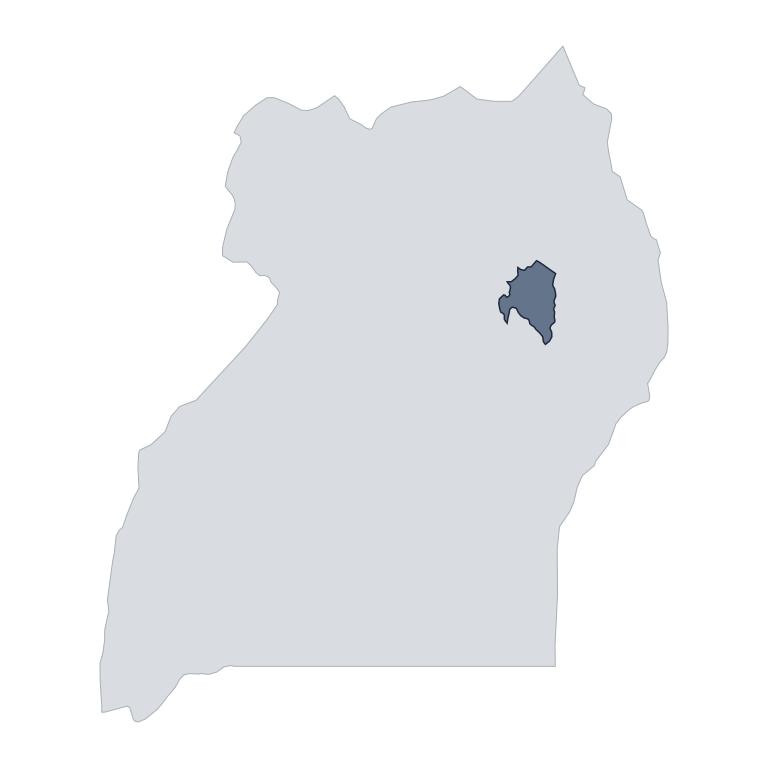 Amuria highlighted on a map of Uganda
{"feature_id": "UGA-3124", "entity_name": "Amuria", "entity_type": "District", "adm_level": 1, "iso_a3": "UGA", "parent_name": "Uganda", "parent_adm1": "", "projection": "robinson", "projection_center": [33.651, 2.061], "detail": "fine", "context": "in_parent", "style": "filled", "palette": "slate", "viewbox_px": 768, "rotation_deg": 0, "n_neighbors": 0, "source": "natural_earth", "source_scale": "10m", "svg_char_len": 3286}
<svg xmlns="http://www.w3.org/2000/svg" viewBox="0 0 768 768"><path d="M555.3,666.3L543.9,666.3L525.2,666.3L506.6,666.3L487.9,666.3L469.3,666.3L450.6,666.3L432.0,666.3L413.3,666.3L394.7,666.3L376.1,666.3L357.4,666.3L338.8,666.3L320.1,666.3L301.5,666.3L282.8,666.3L264.2,666.3L245.5,666.3L234.5,666.3L232.3,666.0L230.8,665.5L223.7,667.0L216.5,672.2L208.7,674.4L200.4,673.5L199.4,674.1L195.2,673.9L189.2,673.6L183.7,675.0L179.5,679.5L175.3,687.3L167.6,696.3L161.7,704.2L156.6,709.9L145.0,719.2L138.6,721.9L135.5,721.5L133.5,719.8L129.9,707.9L127.6,706.0L105.0,712.1L101.6,712.2L101.9,708.5L100.2,680.5L100.0,663.4L102.9,652.7L104.6,640.3L104.8,629.4L108.9,610.9L107.4,599.8L112.7,560.8L114.1,554.5L116.2,535.7L119.6,529.8L122.5,527.6L126.4,516.0L133.8,497.6L139.0,488.1L137.9,467.3L138.7,453.2L139.9,450.0L150.9,444.8L165.1,431.7L171.1,416.3L179.6,406.5L196.1,400.2L244.8,347.5L267.5,319.0L277.4,304.5L277.7,299.3L279.6,292.4L275.7,287.1L271.0,282.2L269.4,277.7L265.3,275.5L259.5,275.6L255.7,272.3L251.3,265.9L246.9,261.9L233.1,262.2L222.5,255.7L222.6,246.8L226.8,229.3L234.9,209.2L235.3,203.6L234.2,198.9L232.2,194.9L228.6,190.8L225.2,186.0L227.8,171.6L232.9,157.4L237.1,150.4L241.2,142.4L240.0,135.9L234.1,132.7L237.2,126.4L243.6,115.7L256.0,104.9L267.0,97.7L274.3,97.7L288.5,103.4L301.3,110.2L308.4,110.5L316.9,107.7L334.7,95.7L338.9,99.5L344.1,106.8L349.7,118.8L360.9,124.4L366.2,128.2L370.1,129.3L372.2,128.3L376.4,118.8L381.5,113.7L391.0,107.1L411.9,101.9L426.8,100.4L433.1,99.2L443.7,96.2L460.3,86.5L476.8,99.0L494.6,101.4L511.9,101.3L517.2,97.5L520.2,94.6L538.4,74.0L562.9,46.1L579.3,85.4L584.9,87.7L584.1,91.1L582.7,94.4L593.4,103.9L606.6,108.9L611.3,113.7L611.7,119.0L607.3,142.0L608.1,148.5L612.4,171.6L620.2,176.8L627.2,199.9L641.3,209.8L643.3,212.6L646.5,223.9L650.8,236.2L654.2,239.0L656.3,239.7L660.4,252.8L658.0,260.1L661.3,282.4L666.6,302.4L668.0,326.2L668.0,336.7L667.9,343.1L666.7,352.1L664.2,357.4L659.7,362.5L654.7,370.5L650.4,379.1L647.6,383.3L649.8,396.1L649.2,399.5L648.1,401.2L641.7,403.1L633.6,406.5L628.6,410.0L621.6,416.5L616.0,423.6L608.6,444.3L596.2,460.5L594.1,465.8L582.4,475.5L577.2,487.3L573.9,501.9L569.4,512.3L559.5,526.7L557.2,549.3L557.5,594.6L555.0,646.1L555.3,666.3Z" fill="#d9dde1" stroke="#a8b0b8" stroke-width="1"/><path d="M507.1,323.2L504.4,319.6L504.3,314.8L502.9,313.3L500.9,312.2L500.0,309.9L499.5,307.5L498.8,303.6L499.4,298.9L503.6,294.9L505.2,295.3L506.4,297.2L508.5,296.5L510.0,294.5L509.5,293.4L509.3,292.1L509.7,291.1L510.0,290.1L510.5,287.5L509.9,285.1L508.3,283.6L507.2,281.8L511.4,281.7L515.1,278.7L518.1,275.4L517.7,270.6L517.9,267.5L521.0,269.7L524.6,270.3L527.5,267.0L531.2,266.8L536.5,260.7L539.1,262.0L555.6,273.6L553.6,279.2L552.7,284.9L553.4,286.9L554.5,288.5L555.6,293.7L555.7,296.4L554.7,299.0L554.0,301.0L554.2,303.2L554.9,304.5L555.1,305.7L554.5,306.9L553.9,308.1L553.8,310.0L554.6,311.9L554.2,317.2L554.8,319.7L554.7,322.1L551.2,325.1L549.9,328.1L551.7,332.3L551.8,336.9L549.4,341.2L545.4,344.4L544.3,343.0L543.4,341.6L543.1,339.1L542.6,336.6L539.5,332.7L535.9,329.4L535.0,328.0L534.0,326.7L531.7,325.4L529.8,323.6L529.4,321.6L528.7,319.5L526.6,318.5L524.3,318.0L520.9,315.8L518.3,312.5L516.3,308.2L512.2,307.2L509.7,309.3L509.1,313.2L507.9,318.1L507.1,323.2Z" fill="#64748b" stroke="#1e293b" stroke-width="1.5"/></svg>